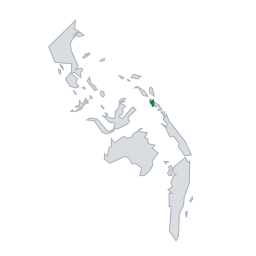 Dompu, Nusa Tenggara Barat, Indonesia shown in context, rotated 225°
{"feature_id": "22746128B31420255543838", "entity_name": "Dompu", "entity_type": "district", "adm_level": 2, "iso_a3": "IDN", "parent_name": "Indonesia", "parent_adm1": "Nusa Tenggara Barat", "projection": "natural_earth1", "projection_center": [118.191, -8.494], "detail": "fine", "context": "in_parent", "style": "filled", "palette": "green", "viewbox_px": 256, "rotation_deg": 225, "n_neighbors": 0, "source": "geoboundaries", "source_scale": "gbopen_adm2", "svg_char_len": 5202}
<svg xmlns="http://www.w3.org/2000/svg" viewBox="0 0 256 256"><g transform="rotate(225 128 128)"><path d="M85.8,102.7L90.2,109.4L96.7,108.5L100.0,105.4L105.7,107.2L110.1,106.0L115.9,90.2L123.0,89.4L126.3,93.1L122.7,93.5L127.8,101.0L126.4,102.7L132.3,108.7L127.0,108.0L125.3,118.8L121.2,120.3L118.9,124.6L120.3,127.6L118.8,132.3L111.0,138.3L109.3,132.9L106.1,134.2L102.8,131.2L96.9,134.8L96.1,131.0L88.9,131.4L87.6,121.7L84.0,119.0L82.4,112.3L83.1,105.7L85.8,102.7ZM14.4,82.3L25.9,84.4L40.6,101.7L42.4,103.1L43.2,101.4L53.0,111.0L50.6,113.1L56.2,112.7L55.0,117.6L59.6,120.3L62.0,126.4L61.1,129.3L64.8,128.0L68.0,132.2L66.6,147.8L61.1,146.1L60.9,148.3L45.8,132.6L39.5,119.1L33.8,112.3L31.0,103.6L16.1,87.5L14.4,82.3ZM241.6,129.3L241.2,166.8L236.5,161.5L237.1,159.9L231.0,161.7L232.0,158.0L230.3,156.1L230.9,155.8L231.9,155.9L232.5,155.7L229.6,154.2L231.0,153.8L228.4,147.0L223.2,142.8L206.8,136.3L206.2,131.9L204.0,136.8L201.5,137.7L200.7,133.3L196.9,130.4L205.5,129.4L206.6,126.4L198.6,127.2L196.7,123.3L192.0,122.5L193.3,119.3L199.0,116.4L206.9,118.6L207.9,127.6L213.2,133.7L225.9,122.9L241.6,129.3ZM161.7,108.6L156.0,112.6L140.3,111.3L138.3,112.8L137.7,117.5L140.7,122.2L145.2,119.1L154.5,118.8L144.1,125.1L148.8,131.1L148.6,135.2L151.6,139.6L145.3,141.7L145.4,137.9L141.8,134.6L142.6,130.2L140.6,129.7L138.7,131.3L139.5,146.5L135.2,146.6L135.5,137.5L134.7,134.5L131.7,133.9L131.3,130.0L134.9,119.6L136.6,119.3L136.0,114.8L138.7,108.8L142.8,106.7L156.9,109.4L162.8,104.6L161.7,108.6ZM68.2,148.4L79.4,150.5L81.2,153.4L89.9,154.3L91.9,151.3L100.3,154.2L102.7,158.4L109.6,159.2L109.5,162.7L110.5,164.8L103.9,162.0L77.4,158.8L64.2,153.7L68.2,148.4ZM175.8,109.5L180.6,105.3L178.5,110.1L181.6,113.1L176.6,112.6L179.3,119.5L175.6,115.7L174.3,107.8L177.3,101.7L175.8,109.5ZM178.1,130.8L189.9,132.3L191.1,136.5L186.3,133.5L179.7,134.2L177.8,132.5L176.6,134.4L178.1,130.8ZM151.1,163.9L142.5,165.8L136.4,164.4L140.4,161.7L148.9,164.0L151.8,161.0L151.1,163.9ZM126.2,161.2L132.0,162.1L133.0,164.2L121.4,166.2L123.3,162.5L127.3,164.6L128.6,163.8L126.2,161.2ZM161.7,165.8L161.9,170.0L155.4,173.7L155.7,169.7L161.7,165.8ZM68.0,123.9L69.6,128.5L71.9,129.1L71.1,132.0L67.8,130.6L66.7,126.9L63.5,126.1L65.1,123.4L68.0,123.9ZM229.2,161.9L224.8,162.6L227.0,157.9L230.4,156.9L231.5,158.6L229.2,161.9ZM137.4,168.3L140.1,170.3L141.3,172.5L138.6,173.3L132.2,169.1L137.4,168.3ZM171.5,132.1L173.3,135.2L170.6,136.3L167.5,134.0L167.6,132.2L171.5,132.1ZM109.9,161.3L116.1,162.7L113.3,165.3L109.9,161.3ZM119.5,161.5L120.4,165.5L116.8,164.9L119.5,161.5ZM78.8,129.9L75.8,132.8L76.1,129.1L78.8,129.9ZM209.7,145.6L210.4,150.6L209.0,150.8L207.9,147.2L209.7,145.6ZM108.0,154.4L103.3,155.9L101.3,155.0L108.0,154.4ZM153.2,140.5L153.2,145.0L150.5,146.9L151.5,140.9L153.2,140.5ZM23.4,106.1L27.7,108.7L27.1,111.1L23.4,106.1ZM33.8,124.6L32.1,123.6L31.4,119.9L32.6,119.8L33.8,124.6ZM193.5,160.4L192.6,158.6L195.1,155.3L195.0,158.2L193.5,160.4ZM188.9,114.8L193.8,116.0L188.3,115.5L188.9,114.8ZM159.3,123.9L163.8,125.1L158.9,125.0L159.3,123.9ZM151.1,142.7L148.7,144.9L150.8,140.9L151.1,142.7ZM213.9,118.1L216.4,118.5L218.8,120.6L216.5,121.1L213.9,118.1ZM171.1,158.5L169.4,160.1L166.1,160.3L167.0,158.4L171.1,158.5ZM209.5,151.4L208.4,153.7L207.3,153.7L207.4,150.0L209.5,151.4ZM177.9,123.9L175.0,124.3L174.1,123.5L175.4,122.0L177.9,123.9ZM214.3,123.5L217.9,123.9L221.4,124.7L218.1,125.2L214.3,123.5ZM151.8,121.1L154.8,122.7L151.7,123.5L151.8,121.1ZM180.2,101.5L178.2,101.1L180.1,99.4L180.2,101.5ZM159.1,162.8L162.4,161.4L162.8,162.2L159.1,162.8ZM188.8,124.1L188.3,126.1L185.8,125.1L187.1,124.5L188.8,124.1ZM119.1,136.0L117.8,137.4L118.8,133.0L119.1,136.0ZM175.0,116.2L176.6,119.0L176.0,119.4L173.7,117.2L175.0,116.2Z" fill="#d9dde1" stroke="#a8b0b8" stroke-width="1"/><path d="M129.6,161.9L129.6,162.0L129.4,162.1L129.4,162.3L129.2,162.3L129.1,162.5L129.0,162.4L129.0,162.5L129.0,162.8L128.9,162.8L128.7,162.9L128.4,162.8L128.3,162.7L128.3,162.8L128.2,162.7L127.9,162.4L127.7,162.4L127.6,162.1L127.4,162.0L127.3,161.9L127.2,161.9L127.1,161.7L126.9,161.6L126.7,161.6L126.5,161.4L126.4,161.3L126.3,161.2L126.2,161.2L126.1,161.3L126.1,161.2L126.1,161.3L126.0,161.5L125.9,161.7L125.9,161.8L126.0,161.8L126.2,162.0L126.3,162.0L126.4,162.3L126.5,162.4L126.5,162.5L126.8,162.6L127.0,162.8L127.3,162.9L127.3,163.0L127.5,163.0L127.8,163.0L128.0,163.2L128.1,163.3L128.3,163.4L128.4,163.5L128.5,163.6L128.4,163.6L128.5,163.6L128.8,163.8L128.8,163.7L128.8,163.8L128.9,164.0L128.7,164.1L128.4,164.2L128.3,164.3L128.5,164.4L128.8,164.4L129.0,164.4L129.1,164.5L129.1,164.4L129.3,164.3L129.5,164.2L129.4,164.2L129.3,163.9L129.5,163.9L129.5,164.0L129.6,164.3L129.6,164.5L129.4,164.8L129.3,165.0L129.4,165.3L129.5,165.4L129.7,165.5L129.7,165.4L129.8,165.4L129.8,165.5L129.8,165.4L129.8,165.2L129.9,164.9L130.0,164.7L129.9,164.7L130.0,164.6L130.0,164.4L130.1,164.2L130.0,163.9L129.9,163.8L130.0,163.7L129.9,163.7L130.0,163.6L129.9,163.6L129.9,163.4L130.0,163.3L130.0,163.2L129.9,163.0L129.9,162.9L130.0,162.9L130.1,162.7L130.0,162.4L129.9,162.3L129.8,162.2L129.7,162.0L129.7,161.9L129.6,161.9ZM126.2,160.9L126.1,161.0L126.3,161.0L126.2,160.9L126.2,160.9ZM128.5,164.1L128.4,164.0L128.5,164.1L128.5,164.1Z" fill="#22c55e" stroke="#15803d" stroke-width="1.5"/></g></svg>